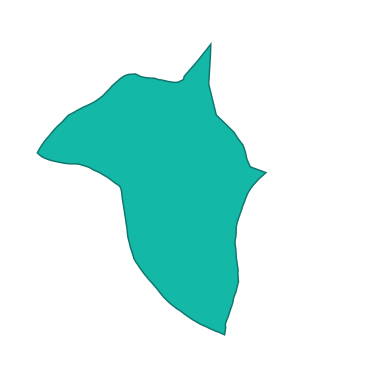 outline of Phalanxay, Savannakhét, Laos, rotated 144°
{"feature_id": "54806243B24177068581900", "entity_name": "Phalanxay", "entity_type": "district", "adm_level": 2, "iso_a3": "LAO", "parent_name": "Laos", "parent_adm1": "Savannakhét", "projection": "mercator", "projection_center": [105.619, 16.736], "detail": "fine", "context": "isolated", "style": "filled", "palette": "teal", "viewbox_px": 384, "rotation_deg": 144, "n_neighbors": 0, "source": "geoboundaries", "source_scale": "gbopen_adm2", "svg_char_len": 3050}
<svg xmlns="http://www.w3.org/2000/svg" viewBox="0 0 384 384"><g transform="rotate(144 192 192)"><path d="M89.9,300.5L110.2,294.8L130.3,290.2L131.1,289.4L132.1,288.6L133.0,288.0L134.4,288.2L136.5,288.7L137.9,288.9L139.2,289.3L140.6,290.2L141.9,291.2L143.1,292.1L144.1,293.2L145.3,294.4L147.0,296.1L147.9,297.2L147.9,297.3L148.6,298.1L149.8,299.3L150.9,300.7L152.6,302.2L153.2,302.9L154.1,304.1L154.8,305.1L155.5,306.1L156.9,307.1L157.8,307.8L158.9,308.7L160.0,309.8L161.2,310.8L162.5,312.0L164.0,313.6L164.6,314.3L165.5,315.6L166.1,316.3L166.5,317.0L166.8,317.9L167.1,318.4L167.5,319.1L168.3,320.7L168.8,321.0L169.3,321.3L173.7,324.1L177.5,325.5L178.8,325.7L183.2,325.9L186.9,325.5L193.9,324.9L197.4,324.0L199.9,323.6L202.6,323.2L204.8,322.7L208.1,322.2L215.3,322.1L218.4,322.3L221.6,322.8L224.6,323.3L231.0,324.7L233.0,324.9L236.9,325.5L241.3,325.9L246.4,326.7L248.5,326.5L253.3,325.5L255.7,325.0L261.3,324.4L266.9,323.4L270.8,322.4L274.7,321.4L280.7,319.9L283.6,319.0L288.8,317.1L291.2,316.0L293.1,315.1L294.1,314.6L293.4,311.2L292.7,308.7L291.1,305.7L288.0,301.0L286.0,298.7L283.2,295.5L281.2,293.4L279.7,291.7L276.7,288.7L272.7,285.4L269.6,283.2L267.0,280.9L264.6,277.7L260.9,272.7L259.7,270.0L258.4,267.1L255.6,262.5L254.7,260.4L252.8,256.0L251.6,253.3L250.7,250.4L249.9,247.6L249.1,244.9L248.3,242.9L247.5,240.7L247.1,238.5L247.5,236.6L248.3,234.8L248.9,233.3L248.9,233.2L249.0,233.0L250.2,231.1L251.4,229.1L253.4,225.4L255.1,221.9L257.1,218.0L259.0,214.3L260.4,211.6L262.1,208.2L263.5,205.7L265.5,201.7L267.0,199.0L268.5,196.6L270.3,193.4L272.1,188.8L274.0,184.4L275.6,179.4L276.8,175.9L278.2,171.8L278.6,168.3L278.6,166.5L278.6,164.9L278.8,161.1L278.8,156.9L278.8,153.4L278.5,149.7L278.3,145.6L277.9,142.5L277.8,141.2L277.5,137.8L277.2,134.5L277.1,132.7L277.1,129.2L276.9,126.8L276.8,123.9L276.7,123.3L276.2,120.3L276.0,118.9L275.2,114.8L274.4,111.8L273.7,109.6L273.0,106.8L272.0,104.5L271.3,102.7L269.8,97.5L269.1,95.4L268.4,93.4L267.8,91.8L266.7,88.8L266.1,87.2L265.5,86.0L264.7,84.1L263.9,82.4L263.0,80.3L262.0,78.5L260.9,76.6L259.9,75.0L259.2,73.6L258.3,71.9L257.1,69.8L255.7,67.4L254.9,65.9L252.9,63.1L252.1,61.8L250.9,59.7L249.6,57.3L249.1,57.8L247.6,59.3L245.9,61.0L244.2,62.9L242.9,65.3L240.9,66.8L238.3,68.5L236.1,69.9L233.8,71.5L231.3,73.4L229.7,74.5L226.5,76.7L224.2,78.4L222.3,80.2L220.6,81.8L218.0,83.6L215.3,85.3L213.0,87.2L210.0,89.8L206.9,92.3L206.5,93.3L205.6,94.7L204.2,96.8L202.9,99.0L201.3,100.8L200.2,102.5L199.4,104.0L197.9,106.9L196.3,109.9L195.4,111.7L191.7,117.7L189.8,120.7L188.2,123.8L186.8,126.0L185.3,127.8L183.0,129.9L180.2,133.2L178.9,134.9L177.3,137.1L175.3,139.1L173.3,140.8L169.4,143.7L167.7,144.8L165.5,146.3L163.8,147.5L162.5,148.4L161.3,149.2L160.2,150.1L158.2,151.5L155.1,153.4L151.9,155.6L149.5,157.1L147.9,158.0L147.4,158.3L145.0,159.4L141.6,160.7L138.2,161.6L130.7,163.2L125.8,163.7L120.8,164.2L125.2,170.8L130.1,178.1L128.3,186.2L125.2,193.4L123.2,199.7L123.4,208.1L122.9,215.2L124.8,227.0L127.1,240.1L115.0,269.6L96.7,291.8L89.9,300.5Z" fill="#14b8a6" stroke="#0f766e" stroke-width="1.5"/></g></svg>